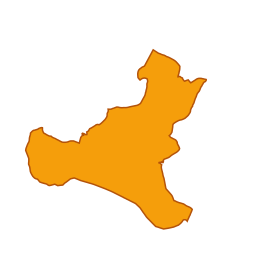 Ku'aydinah, Hajjah, Yemen, rotated 291°
{"feature_id": "15242507B26169260519546", "entity_name": "Ku'aydinah", "entity_type": "district", "adm_level": 2, "iso_a3": "YEM", "parent_name": "Yemen", "parent_adm1": "Hajjah", "projection": "natural_earth1", "projection_center": [43.351, 15.819], "detail": "fine", "context": "isolated", "style": "filled", "palette": "amber", "viewbox_px": 256, "rotation_deg": 291, "n_neighbors": 0, "source": "geoboundaries", "source_scale": "gbopen_adm2", "svg_char_len": 5687}
<svg xmlns="http://www.w3.org/2000/svg" viewBox="0 0 256 256"><g transform="rotate(291 128 128)"><path d="M51.4,87.6L53.8,88.6L55.5,89.8L59.9,92.5L62.1,95.7L62.1,98.6L62.0,102.3L62.0,102.8L62.1,103.8L62.6,109.6L62.7,111.1L63.0,114.3L63.0,114.5L63.1,116.6L63.1,119.8L63.1,125.4L63.1,127.9L63.1,128.1L63.1,128.3L62.9,134.6L62.8,136.0L62.7,137.3L62.5,139.2L62.4,140.2L61.6,148.5L61.5,148.8L61.3,151.4L61.1,152.8L61.1,153.3L61.1,153.6L60.8,156.1L60.4,160.2L60.2,162.1L57.9,167.7L57.7,168.0L55.6,171.1L55.2,171.6L53.8,173.8L51.5,177.2L50.5,179.2L50.0,180.4L48.0,184.7L46.0,189.1L46.2,191.4L46.3,194.4L46.5,197.4L48.4,200.7L49.5,202.5L51.9,206.1L55.0,209.4L55.4,209.9L57.3,211.0L59.0,211.8L60.4,212.2L61.5,212.4L62.4,213.0L62.9,214.5L62.9,215.3L62.5,216.2L62.2,216.7L63.2,216.7L64.6,216.8L65.1,216.8L65.9,216.9L67.1,216.9L68.3,217.0L68.5,217.1L69.9,217.1L71.2,217.1L72.5,217.2L73.8,217.2L75.1,217.1L75.8,215.5L76.1,214.1L76.2,212.6L76.2,211.3L76.4,209.7L76.8,208.3L77.0,207.0L76.9,205.6L76.8,204.0L76.6,202.5L76.6,201.1L76.6,199.7L76.8,198.3L76.7,196.9L78.0,195.7L79.4,194.5L80.4,193.5L81.1,192.5L85.0,185.1L93.9,179.6L95.1,178.6L96.4,177.6L97.1,177.2L97.5,176.9L97.8,176.8L98.8,176.1L99.8,175.4L100.9,174.6L102.1,173.8L103.2,173.2L104.4,172.8L105.8,172.6L106.7,170.1L106.6,169.4L107.0,169.4L108.1,171.5L108.1,172.6L108.3,173.1L108.5,173.1L108.7,172.4L109.0,172.0L109.3,172.3L109.5,172.4L109.4,172.6L109.5,173.0L110.0,172.9L110.4,172.7L110.9,172.6L111.3,172.7L111.9,173.0L112.8,174.1L113.8,175.2L114.8,176.3L115.8,177.1L116.9,177.7L118.1,178.4L119.2,179.2L120.5,180.2L121.6,181.1L122.6,181.9L123.7,182.6L125.0,183.2L126.2,183.6L127.4,183.5L128.5,182.5L129.4,181.6L130.3,180.5L131.2,179.6L132.4,179.0L132.5,178.8L133.2,178.0L133.9,176.8L134.1,175.5L134.2,174.1L134.4,172.7L134.5,171.1L135.6,169.2L137.1,170.0L138.3,170.2L139.6,170.5L140.8,170.3L142.3,170.0L143.5,169.7L144.9,169.4L146.1,169.0L147.4,168.7L148.6,169.1L149.7,169.8L150.9,170.7L152.1,171.7L153.1,172.6L154.1,173.8L154.9,175.1L155.8,176.1L156.8,177.1L157.8,177.9L159.2,178.6L160.5,179.3L161.8,179.8L163.3,180.1L164.6,180.4L166.2,180.3L167.4,179.9L168.7,180.0L169.9,180.0L171.2,180.5L172.6,180.2L172.9,180.2L174.4,180.5L175.7,180.5L177.1,180.4L178.5,180.3L179.4,180.3L179.9,180.3L181.2,180.4L182.6,180.4L183.8,180.3L185.0,180.4L186.5,180.8L188.0,181.3L189.3,181.4L190.8,181.4L192.1,181.4L193.5,181.8L194.9,181.9L196.2,182.2L196.9,182.2L198.2,182.7L198.7,183.1L199.1,183.6L199.6,183.7L200.3,183.9L200.9,183.8L201.0,183.8L201.1,183.7L201.3,183.6L201.3,183.3L201.0,181.8L201.0,181.3L200.8,180.2L200.7,179.6L200.6,178.7L200.2,177.4L199.6,176.1L198.8,175.0L197.8,174.2L196.5,173.3L195.3,172.4L194.2,171.6L192.7,170.4L193.7,168.3L194.5,167.0L193.7,165.9L192.0,164.1L192.2,163.3L193.2,161.7L194.2,160.9L194.2,160.4L194.3,159.4L194.5,158.6L194.7,158.0L194.6,157.6L194.4,157.3L193.7,156.4L194.3,156.1L195.2,156.1L196.2,156.0L197.4,155.9L198.8,155.6L200.0,155.5L201.5,155.2L202.7,154.8L204.2,154.3L205.0,153.1L205.8,151.7L206.2,150.9L206.4,150.5L207.0,149.3L207.5,148.0L207.9,146.3L208.1,144.8L208.3,143.3L208.5,141.6L208.6,139.8L208.5,138.4L208.8,136.9L208.9,135.5L208.7,134.0L208.7,132.6L208.8,131.2L208.7,129.7L210.0,123.5L191.8,121.2L191.4,120.9L190.8,120.3L189.6,119.2L188.4,118.5L187.4,117.8L187.0,117.7L186.1,117.3L184.8,117.2L183.6,117.3L182.6,117.6L182.3,117.6L181.1,118.1L179.8,118.7L178.6,119.3L177.1,121.8L177.2,122.2L177.6,122.4L178.7,123.0L179.8,124.1L180.5,125.3L180.8,126.7L180.8,128.1L179.8,129.0L178.7,129.6L177.5,129.8L176.2,129.8L175.0,130.2L173.6,130.8L172.4,131.1L171.1,131.3L169.7,131.4L168.4,131.7L167.2,131.7L165.9,132.0L164.4,132.1L162.7,131.9L161.4,131.7L160.0,131.5L158.3,131.3L156.8,131.1L155.6,130.9L154.5,130.3L153.3,129.3L152.3,128.2L151.5,126.9L151.1,126.3L150.6,125.5L149.9,124.4L149.0,123.0L148.2,121.8L147.4,120.7L146.7,119.6L146.1,118.3L145.6,116.9L145.0,115.6L144.8,115.2L144.5,114.3L144.1,112.8L144.1,112.4L143.9,111.1L143.4,109.8L142.4,108.7L141.4,107.6L140.6,106.5L139.6,105.6L138.8,103.8L138.5,102.7L138.3,102.8L138.2,102.8L138.0,103.0L137.8,103.0L137.7,103.1L137.4,103.2L137.2,103.3L136.9,103.4L136.7,103.5L135.6,103.5L135.1,103.4L133.9,103.4L133.1,103.7L132.7,103.9L131.4,104.2L130.0,104.1L128.8,103.8L127.5,103.5L126.3,102.9L125.5,102.6L125.3,102.5L125.1,102.4L123.6,101.7L122.3,101.0L121.1,100.2L120.7,99.9L120.5,98.5L119.7,97.2L118.4,96.4L116.3,94.8L114.6,93.5L114.6,93.4L113.6,92.5L112.6,92.3L111.9,92.2L111.2,92.2L110.9,92.0L110.3,91.5L109.5,90.9L108.4,91.6L108.0,91.7L107.1,91.9L107.0,91.7L106.7,90.9L106.7,90.6L106.8,90.0L106.9,89.6L106.9,88.9L106.9,88.2L106.8,87.4L106.0,87.2L105.8,87.5L105.9,88.0L105.9,88.5L105.9,88.8L105.7,89.0L105.3,89.2L105.2,89.1L105.1,88.7L104.9,88.3L103.9,87.7L102.3,87.3L96.4,87.9L96.4,81.9L95.9,80.5L95.3,79.0L94.5,77.9L93.6,77.0L92.8,75.8L92.1,74.4L91.6,73.1L91.2,71.6L91.3,70.3L91.3,70.1L91.5,68.6L91.7,67.1L91.8,65.6L92.1,63.9L92.1,62.4L92.2,60.7L92.8,59.2L92.3,57.4L92.4,55.9L92.6,54.3L92.9,52.8L93.0,51.3L93.8,50.3L94.7,49.4L95.8,48.7L97.0,48.3L97.6,48.0L97.3,46.9L96.4,45.8L95.5,44.8L94.4,44.1L93.6,43.0L92.6,41.8L91.9,40.6L90.9,39.9L89.6,39.3L88.3,38.8L87.9,38.9L87.1,39.2L85.8,39.3L84.5,39.4L83.2,39.6L82.0,40.0L80.4,40.4L79.2,40.4L78.0,40.2L76.7,40.1L75.5,40.1L74.2,40.1L73.0,40.1L71.8,40.2L71.0,40.4L70.4,40.5L69.4,41.4L68.2,42.5L67.2,43.4L66.1,44.4L64.9,45.5L63.9,46.3L62.5,46.9L61.1,47.4L59.6,47.8L58.4,48.3L57.5,49.2L56.5,50.1L55.2,50.9L54.2,51.4L53.9,51.6L52.6,52.3L51.6,53.1L50.5,54.3L49.5,55.5L48.9,56.3L48.7,56.6L48.0,58.1L47.7,59.1L47.6,60.1L47.8,61.9L46.0,65.0L46.0,66.5L46.1,68.0L46.2,69.4L46.4,70.9L46.5,72.3L46.1,73.6L46.0,75.0L46.8,76.4L49.3,79.8L49.0,83.1L49.6,84.1L51.4,87.6Z" fill="#f59e0b" stroke="#b45309" stroke-width="1.5"/></g></svg>